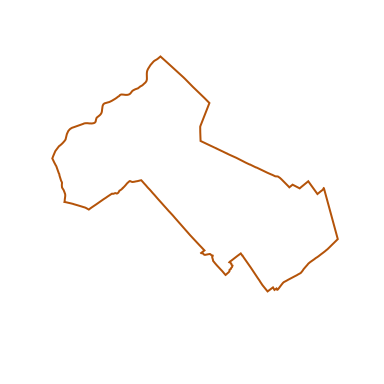 the district of Cheveresu Mare, Timis, Romania, rotated 325°
{"feature_id": "2599482B8335236163508", "entity_name": "Cheveresu Mare", "entity_type": "district", "adm_level": 2, "iso_a3": "ROU", "parent_name": "Romania", "parent_adm1": "Timis", "projection": "mercator", "projection_center": [21.46, 45.664], "detail": "fine", "context": "isolated", "style": "outline", "palette": "amber", "viewbox_px": 384, "rotation_deg": 325, "n_neighbors": 0, "source": "geoboundaries", "source_scale": "gbopen_adm2", "svg_char_len": 5699}
<svg xmlns="http://www.w3.org/2000/svg" viewBox="0 0 384 384"><g transform="rotate(325 192 192)"><path d="M284.4,314.2L299.2,273.0L302.2,264.6L302.1,264.4L300.4,265.2L297.7,265.3L295.0,265.5L293.6,265.6L293.4,251.6L293.4,249.9L284.0,250.6L282.3,250.8L279.6,245.6L278.6,243.7L274.4,244.0L274.2,242.4L273.0,235.4L272.6,233.0L272.1,230.8L271.3,228.7L271.2,228.5L269.2,226.9L267.5,223.8L267.3,223.6L264.8,219.5L261.9,214.3L258.8,208.8L258.5,208.6L258.1,207.9L255.8,203.7L255.4,202.9L255.1,202.7L254.8,202.2L252.7,198.5L251.3,195.8L247.9,189.4L243.9,182.7L238.8,173.6L233.0,163.4L229.3,156.9L228.3,155.1L233.1,147.7L235.7,143.9L236.2,143.2L237.4,142.3L237.9,142.0L238.5,141.6L257.3,129.1L256.1,122.1L253.0,106.3L251.2,95.5L250.7,92.9L249.3,86.7L247.6,79.1L245.7,70.7L243.9,62.9L240.5,63.2L239.1,63.2L237.1,63.0L235.8,63.0L235.2,63.1L231.1,64.1L230.5,64.3L226.7,65.9L225.0,66.9L224.0,67.8L223.3,68.6L222.6,69.5L221.8,70.7L220.2,73.1L219.7,73.8L218.8,74.6L218.3,75.0L216.7,75.6L214.9,75.8L212.9,76.1L211.8,76.1L210.3,75.9L209.6,75.9L209.1,76.0L208.6,76.0L207.9,76.0L207.2,76.1L206.2,75.8L204.4,75.3L203.0,75.1L202.0,75.0L201.4,75.0L200.6,75.1L199.5,75.5L198.1,75.9L197.5,76.0L196.7,76.0L195.3,75.6L194.2,75.0L193.0,74.1L191.9,73.1L191.2,72.5L190.2,71.7L189.5,71.4L188.7,71.3L188.3,71.3L187.9,71.5L187.3,71.6L186.0,71.5L184.5,71.6L182.8,71.6L181.3,71.5L178.6,71.3L176.0,70.9L175.4,70.7L174.9,70.5L171.1,69.2L170.2,69.3L169.8,69.3L168.6,69.9L168.0,70.4L167.2,71.2L166.6,71.9L165.9,72.6L164.6,74.1L164.3,74.4L163.5,75.1L162.6,75.6L161.5,76.0L160.4,76.2L159.1,76.3L157.1,76.4L156.5,76.5L156.0,76.8L155.2,77.4L154.0,78.5L153.5,79.0L153.1,79.2L152.4,79.4L151.9,79.4L151.2,79.3L150.0,78.8L148.6,78.0L148.2,77.6L147.3,77.0L145.9,75.7L144.4,74.7L143.5,74.2L142.7,73.9L142.0,73.8L140.2,73.3L132.6,71.2L130.6,70.6L129.4,70.5L127.9,70.5L125.6,71.1L122.7,72.8L118.5,76.5L116.8,77.1L114.3,77.7L112.5,78.0L110.3,78.2L109.3,78.2L105.3,79.5L103.5,80.1L99.0,82.9L96.8,84.4L96.7,85.3L96.3,87.6L96.1,88.8L95.8,91.2L95.7,91.9L95.7,92.4L95.6,93.2L95.4,93.9L94.7,96.4L94.0,99.0L93.7,99.9L93.6,101.0L93.2,101.9L92.9,102.5L91.5,106.9L91.3,107.5L91.2,108.1L91.1,108.8L91.0,109.4L90.8,109.9L90.5,110.3L90.2,110.6L89.7,111.2L89.2,111.9L88.6,112.9L88.5,113.1L88.2,113.6L88.2,113.8L88.1,114.1L88.0,115.0L88.0,115.8L88.0,116.4L87.9,117.0L87.8,117.3L87.7,117.9L87.5,118.7L87.3,119.4L87.1,120.1L87.0,120.6L86.8,121.1L86.4,121.8L86.0,122.4L85.6,122.9L85.1,123.4L84.5,124.1L83.8,124.8L82.4,126.5L81.8,127.0L82.6,127.8L82.8,128.0L86.5,132.1L87.8,133.6L88.2,134.2L90.7,137.3L92.2,139.2L93.3,140.6L94.6,142.3L95.2,143.0L95.8,143.9L95.9,144.1L96.2,144.7L97.4,147.2L98.1,147.2L99.0,147.1L99.6,147.1L101.2,147.1L106.4,147.2L108.5,147.2L111.7,147.2L113.5,147.2L115.5,147.2L118.0,147.3L120.2,147.3L124.2,147.4L125.6,147.5L125.9,147.9L126.1,148.0L126.3,148.2L126.7,148.4L127.0,148.5L127.5,148.6L128.2,148.8L128.5,148.9L129.0,149.4L129.3,149.8L129.5,150.1L129.8,150.2L130.0,150.3L130.6,150.3L131.1,150.3L131.4,150.2L132.1,149.9L132.4,149.8L132.9,149.5L133.1,149.4L133.4,149.3L133.8,149.4L134.3,149.4L134.7,149.4L135.2,149.4L135.5,149.4L137.4,149.2L137.5,149.0L138.8,148.9L140.7,148.5L142.3,148.1L142.9,147.9L144.2,147.6L147.0,147.3L147.3,147.4L147.5,147.5L147.8,148.0L148.3,148.8L148.5,149.1L148.7,149.4L148.9,149.6L149.8,150.1L150.6,150.5L151.3,150.8L152.3,151.2L153.5,151.8L156.4,152.9L157.2,153.3L157.5,155.8L157.7,157.6L158.0,159.8L158.3,163.0L158.8,166.1L159.0,167.9L159.2,170.1L159.6,173.2L160.1,178.1L160.8,183.8L161.1,186.5L161.4,189.0L161.6,190.5L161.8,192.3L162.1,194.9L162.2,195.3L162.3,195.9L162.5,197.6L162.6,198.2L162.9,200.6L163.2,203.7L164.6,216.4L165.7,226.4L167.6,239.8L168.7,247.0L164.4,247.2L164.4,247.3L164.6,247.5L165.0,247.9L165.1,248.0L165.3,248.2L165.5,248.3L165.6,248.5L165.8,248.9L165.8,249.2L165.8,249.5L165.9,249.9L166.0,250.2L166.1,250.5L166.4,250.7L166.7,251.0L167.0,251.2L167.5,251.4L168.0,251.6L168.9,252.0L169.4,252.2L170.0,252.5L170.5,252.8L170.9,252.9L171.2,253.2L171.3,253.4L171.4,253.6L171.4,253.9L171.5,254.2L171.6,254.6L171.7,254.9L171.9,255.2L172.1,255.4L172.2,255.6L172.4,255.9L172.5,256.0L172.4,256.2L172.3,256.3L172.1,256.3L171.9,256.3L171.6,256.4L171.3,256.7L171.1,257.1L171.0,257.4L170.9,257.6L170.8,257.8L170.8,258.1L170.7,258.3L170.4,259.1L170.3,259.5L169.8,260.5L170.0,263.5L170.3,266.5L171.1,272.2L171.3,273.4L171.5,275.2L171.7,277.6L171.9,279.2L172.4,279.2L173.8,279.0L174.7,278.9L175.8,278.8L176.0,278.8L176.3,278.7L176.6,278.6L176.9,278.5L177.2,278.3L177.5,278.2L177.7,277.9L177.7,277.7L178.1,277.3L178.4,277.2L178.5,277.2L178.7,277.3L178.9,277.3L179.4,277.3L179.6,277.3L180.0,277.2L180.2,276.9L180.4,276.8L180.6,276.7L180.8,276.6L181.5,276.5L181.8,276.4L182.2,276.1L182.4,275.9L182.5,275.8L182.7,275.7L182.9,275.6L183.0,275.5L182.9,275.3L182.8,275.0L182.7,274.7L182.7,274.3L182.7,274.1L182.8,273.9L182.8,273.7L183.0,273.5L183.1,273.3L183.1,273.1L183.1,272.9L183.0,272.5L182.8,271.9L182.8,271.7L182.7,271.5L182.3,271.0L182.8,270.8L183.2,270.8L184.7,270.8L188.5,270.6L192.7,270.4L196.7,270.3L196.7,272.0L196.7,273.0L196.9,273.1L196.8,274.8L196.8,279.8L196.8,286.6L196.8,287.8L196.7,291.8L196.6,295.9L196.5,300.1L196.5,303.5L196.4,304.2L196.3,308.7L196.8,315.9L196.9,316.8L203.6,316.6L203.4,319.5L205.9,319.5L205.9,320.1L205.9,320.6L205.8,321.0L206.2,321.1L207.8,320.7L210.5,319.8L212.4,319.2L214.5,318.6L215.4,318.5L216.4,318.6L218.7,318.9L220.1,319.0L228.1,320.0L230.2,320.3L230.9,320.3L234.5,320.7L235.4,320.5L236.5,320.2L237.8,319.8L238.9,319.3L241.6,318.6L244.9,317.8L246.2,317.4L248.6,317.2L253.7,317.2L255.6,317.1L257.1,317.2L258.7,317.2L262.5,317.0L263.2,317.0L265.8,316.9L267.4,316.8L268.2,316.7L269.7,316.6L270.1,316.6L284.4,314.2Z" fill="none" stroke="#b45309" stroke-width="2"/></g></svg>